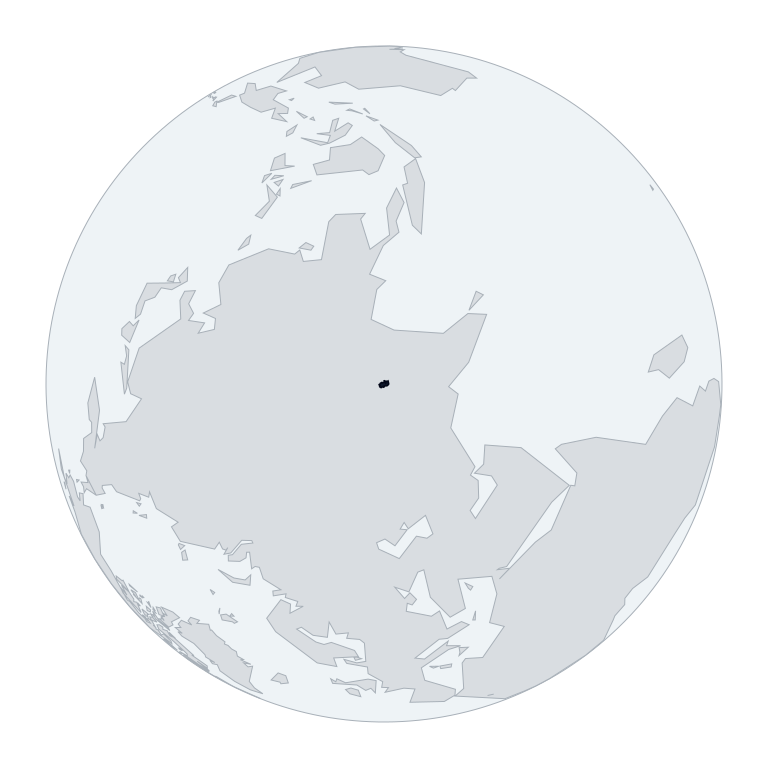 Seti on an orthographic globe, rotated 226°
{"feature_id": "NPL-1129", "entity_name": "Seti", "entity_type": "District", "adm_level": 1, "iso_a3": "NPL", "parent_name": "Nepal", "parent_adm1": "", "projection": "orthographic", "projection_center": [81.176, 29.231], "detail": "fine", "context": "on_globe", "style": "filled", "palette": "ink", "viewbox_px": 768, "rotation_deg": 226, "n_neighbors": 0, "source": "natural_earth", "source_scale": "10m", "svg_char_len": 12681}
<svg xmlns="http://www.w3.org/2000/svg" viewBox="0 0 768 768"><g transform="rotate(226 384 384)"><circle cx="384" cy="384" r="338" fill="#eef3f6" stroke="#a8b0b8"/><path d="M487.0,62.2L487.0,62.4L506.7,72.9L522.2,79.8L511.6,76.3L547.0,92.9L563.6,105.1L539.2,89.4L532.3,86.6L540.8,93.3L535.5,92.1L536.6,95.0L529.6,93.1L515.8,85.2L511.0,84.2L517.3,89.2L514.2,91.3L505.7,83.9L499.5,87.0L475.4,76.4L458.4,61.9L439.3,58.0L406.7,49.3L404.0,50.1L389.9,48.6L381.5,49.2L377.9,48.3L374.3,49.8L379.3,50.6L379.4,51.7L374.9,52.5L369.4,51.1L370.9,50.5L367.0,50.6L366.2,49.8L364.0,50.6L358.0,49.5L357.3,51.9L346.8,52.1L344.6,51.1L353.6,49.5L370.9,46.3L400.4,46.5L429.7,49.2L458.6,54.4L487.0,62.2ZM322.8,51.7L321.8,51.9L328.5,51.2L318.0,53.4L304.1,56.3L298.1,57.3L291.9,59.0L289.9,60.2L271.2,65.5L246.0,75.6L243.5,76.7L269.2,66.2L295.7,57.8L322.8,51.7ZM534.4,85.6L529.2,82.2L536.1,86.0L534.4,85.6ZM538.0,95.7L541.1,97.3L540.3,98.2L538.0,95.7ZM333.8,50.1L331.2,50.6L331.3,50.5L333.8,50.1ZM339.1,49.6L341.1,49.1L344.0,48.8L342.7,49.1L339.1,49.6ZM528.9,96.5L526.7,98.0L526.6,95.0L528.9,96.5ZM336.0,50.4L348.8,48.4L353.7,48.0L352.9,49.1L336.0,50.4ZM523.9,98.0L518.7,102.6L525.2,106.1L503.9,99.7L515.3,97.3L514.1,92.9L518.8,96.5L523.9,98.0ZM382.8,50.6L377.3,49.7L386.0,49.9L382.8,50.6ZM388.3,50.5L414.9,51.1L420.8,53.3L410.7,52.4L421.6,55.4L411.3,56.1L403.1,54.6L401.3,52.8L398.7,54.6L388.3,50.5ZM492.9,95.9L489.6,96.1L490.4,94.4L492.9,95.9ZM380.1,52.2L384.9,51.8L390.4,53.6L381.6,54.7L382.7,53.7L380.1,52.2ZM429.4,56.1L431.9,58.0L424.3,59.0L424.2,60.0L411.6,56.3L429.4,56.1ZM379.2,53.7L377.0,55.4L370.4,55.3L375.7,52.7L379.2,53.7ZM395.4,53.8L397.6,54.8L393.5,54.5L395.4,53.8ZM345.7,57.3L351.4,56.2L354.7,56.9L345.7,57.3ZM376.7,56.0L379.0,56.0L380.9,56.4L378.2,57.5L376.7,56.0ZM407.1,57.5L403.4,57.8L411.9,59.0L406.5,60.3L399.1,57.8L400.0,59.4L398.4,59.9L394.2,57.5L407.1,57.5ZM381.3,59.8L369.9,57.9L358.7,59.4L355.4,58.7L374.1,56.5L381.3,59.8ZM389.2,58.6L383.6,59.1L382.4,57.6L385.5,56.3L389.2,58.6ZM405.6,62.2L415.7,60.9L417.0,61.6L405.6,62.2ZM378.2,60.5L381.0,61.0L377.6,60.8L378.2,60.5ZM397.4,61.9L400.9,61.2L402.2,61.9L397.4,61.9ZM383.8,62.8L380.1,62.0L382.1,61.0L383.8,62.8ZM390.2,62.6L391.3,63.8L385.0,61.1L391.5,62.1L390.2,62.6ZM398.2,62.7L400.1,62.9L396.6,62.9L398.2,62.7ZM378.3,67.6L369.9,64.5L374.4,62.0L381.9,65.3L378.3,67.6ZM61.4,283.4L65.4,272.4L73.6,252.4L110.1,218.4L109.6,229.8L129.0,246.4L129.9,251.9L118.7,265.0L126.1,302.1L139.0,294.2L154.6,319.4L170.7,328.0L192.2,301.6L166.0,286.6L170.3,269.6L198.4,269.2L222.7,283.6L225.2,277.6L217.2,257.5L230.4,250.6L215.4,249.8L215.8,257.6L206.5,257.8L205.5,250.8L210.1,248.4L205.0,242.1L184.0,256.8L182.2,266.3L164.0,259.1L159.3,274.7L151.7,278.0L156.8,253.0L162.1,246.3L165.3,215.9L158.0,222.1L154.5,251.6L152.3,247.2L142.5,257.3L148.1,246.1L153.9,213.7L142.5,207.5L114.8,223.3L110.9,218.9L113.7,206.9L137.0,181.6L143.1,194.4L151.4,187.0L161.5,170.6L162.5,176.3L167.4,171.6L170.8,176.3L186.7,171.4L191.9,175.5L208.9,163.1L213.8,163.9L202.3,170.7L197.1,178.2L211.2,189.9L217.1,189.1L227.0,180.5L229.7,185.5L237.5,175.7L250.9,179.2L241.1,167.3L252.5,158.4L266.4,155.6L268.4,150.9L245.7,155.8L238.3,159.9L234.7,166.6L212.8,177.7L205.6,176.2L221.9,157.5L213.5,153.8L229.8,142.2L281.1,134.0L297.0,136.9L300.5,160.0L290.6,163.9L284.4,157.1L280.2,171.5L285.3,166.3L287.5,170.9L299.0,164.7L301.1,167.8L308.5,157.2L312.3,160.2L307.6,166.9L327.8,161.8L338.7,167.0L342.3,164.5L343.0,160.4L356.4,170.5L358.4,168.3L354.8,164.0L356.5,157.1L364.8,149.1L369.0,153.0L366.5,156.4L367.8,170.0L360.7,179.2L363.2,180.1L370.4,173.1L368.9,156.4L372.7,150.6L374.8,158.0L374.3,154.9L377.5,153.3L384.6,155.6L382.9,147.5L412.3,128.2L428.9,131.9L427.6,139.9L452.5,133.7L469.3,140.4L466.0,136.1L475.7,131.6L470.5,129.3L469.7,127.1L492.3,116.8L500.8,118.2L506.7,110.9L505.0,109.0L499.0,107.4L503.9,99.7L525.2,106.1L528.0,109.9L539.5,112.2L544.3,121.0L553.5,130.1L552.1,140.0L559.6,147.1L563.2,147.3L576.1,157.8L589.9,180.6L562.7,161.1L538.7,131.2L547.1,142.8L540.4,140.2L540.5,144.7L546.8,153.5L550.5,154.4L536.1,172.3L541.8,199.3L553.0,195.0L563.6,201.1L579.9,232.8L572.0,283.0L586.0,295.4L589.2,305.0L582.2,313.2L577.4,299.2L567.1,296.1L565.5,287.5L552.6,297.4L549.6,285.6L541.1,299.9L548.2,308.3L560.6,303.3L554.5,321.9L571.6,335.5L577.4,355.1L561.4,394.9L539.5,410.0L538.9,416.5L528.2,411.1L516.9,425.4L539.1,457.0L539.5,467.0L519.8,489.0L518.9,481.8L490.6,467.5L487.3,491.5L508.8,508.1L516.3,529.1L500.6,524.5L492.8,505.9L482.8,500.2L484.1,479.7L473.0,449.9L457.1,457.0L457.0,444.5L439.4,419.6L415.8,428.7L379.2,461.9L376.4,493.3L362.8,506.2L340.8,460.0L337.2,428.6L325.3,430.4L306.0,401.5L261.3,392.0L258.4,382.9L249.2,384.7L236.2,372.9L233.2,358.1L223.7,356.3L232.6,395.3L243.2,397.5L257.0,387.1L257.1,400.0L270.1,414.2L243.0,438.4L182.4,446.9L182.5,422.5L167.5,345.4L171.4,338.9L171.5,338.1L171.7,336.5L164.2,346.4L163.6,331.6L165.1,383.0L162.8,402.9L181.4,448.0L178.2,450.5L186.0,460.9L218.4,462.2L217.3,469.8L198.3,499.6L158.8,530.3L167.5,562.0L170.6,585.3L153.8,590.9L163.2,609.7L155.6,610.3L160.4,619.7L158.8,625.2L153.3,626.4L135.2,611.9L127.8,602.7L109.2,578.1L80.7,523.9L78.6,507.2L74.3,489.2L62.0,439.7L64.2,420.8L62.5,408.4L58.1,403.9L56.9,389.1L54.9,384.6L47.1,364.0L48.9,340.5L57.1,298.5L61.4,283.4ZM88.0,242.1L84.7,247.5L88.0,242.1ZM242.2,315.1L260.7,322.6L263.0,300.9L270.4,302.3L268.4,294.8L263.1,299.4L260.0,279.5L271.8,277.0L275.0,268.4L268.9,265.5L247.8,273.7L252.0,301.6L243.2,307.8L242.2,315.1ZM190.9,144.1L188.3,149.0L181.6,152.8L175.2,150.1L184.8,144.3L190.9,144.1ZM186.3,155.4L204.3,139.1L209.0,140.9L203.3,142.5L204.7,145.3L195.8,148.8L182.8,167.5L176.1,172.3L167.8,163.2L174.2,163.2L176.3,158.0L186.3,155.4ZM241.7,102.1L249.5,97.2L249.7,107.1L242.4,110.7L235.4,107.5L240.0,101.6L241.7,102.1ZM332.1,53.7L335.1,52.7L336.6,52.9L335.3,53.8L332.1,53.7ZM348.1,56.7L320.6,58.6L322.6,57.4L304.1,61.0L302.3,59.5L314.3,57.0L299.0,59.2L309.2,56.3L298.2,58.4L325.2,53.0L333.7,51.2L325.0,53.6L326.4,54.8L329.6,54.8L345.0,53.9L364.0,51.7L368.5,53.4L366.7,55.2L362.8,56.0L361.1,54.5L357.1,56.6L351.7,55.1L348.1,56.7ZM342.2,87.1L341.8,83.1L332.9,91.0L327.5,88.0L326.8,89.1L319.3,88.7L309.0,90.5L307.8,88.6L304.3,90.2L299.3,90.3L294.1,91.9L290.1,89.5L283.5,91.5L285.4,89.2L274.9,93.5L280.9,89.3L275.0,89.7L272.3,93.5L263.7,80.5L255.4,79.7L245.3,81.7L256.9,75.4L273.9,70.0L291.6,66.8L297.9,69.1L302.0,66.3L306.2,66.8L301.2,68.8L311.5,66.1L313.6,67.2L329.4,67.0L342.9,63.5L349.0,63.7L344.8,65.7L353.8,64.7L350.0,68.7L354.3,69.2L354.8,74.1L344.2,78.3L349.8,78.5L350.5,82.8L342.2,87.1ZM378.0,69.0L366.6,73.7L357.9,74.6L360.6,65.9L357.3,64.9L358.7,60.2L371.2,59.2L369.6,60.5L371.0,61.7L366.5,61.5L371.2,62.5L369.2,64.6L372.2,66.0L367.7,67.0L378.0,69.0ZM136.5,249.3L138.2,252.2L142.2,254.9L136.1,261.8L136.5,249.3ZM139.9,227.1L142.3,228.2L135.6,238.3L133.8,235.7L139.9,227.1ZM149.3,220.6L142.9,227.4L145.3,222.2L149.3,220.6ZM205.1,171.5L208.3,172.5L206.4,174.8L202.0,177.0L205.1,171.5ZM314.7,113.4L315.8,110.1L318.2,109.8L326.7,103.7L331.4,106.0L328.1,110.6L314.7,113.4ZM184.5,304.1L176.6,307.2L175.6,303.1L178.5,302.8L184.5,304.1ZM152.6,283.9L157.2,292.3L150.9,285.7L152.6,283.9ZM321.2,114.8L324.2,111.9L324.7,114.9L321.2,114.8ZM335.3,107.4L336.9,110.4L333.0,105.6L335.3,107.4ZM336.6,711.9L342.7,713.7L337.0,713.2L336.6,711.9ZM217.5,598.4L212.3,632.3L199.1,627.8L191.5,615.4L190.0,593.3L203.6,591.5L209.0,582.4L217.5,598.4ZM588.2,561.6L596.1,560.3L595.7,561.7L588.2,561.6ZM580.0,559.6L589.4,557.3L578.1,562.9L580.0,559.6ZM593.0,556.3L602.5,550.9L606.7,547.4L605.7,550.4L593.0,556.3ZM573.5,561.4L536.5,569.4L521.5,568.6L525.4,563.2L549.8,559.8L573.5,561.4ZM524.2,563.3L500.7,553.1L466.0,515.1L478.5,514.7L514.2,535.7L512.0,540.4L526.2,549.2L524.2,563.3ZM579.6,526.1L577.2,539.5L557.2,543.2L547.9,543.2L541.5,527.9L545.1,518.6L552.8,517.3L581.0,481.0L591.1,485.7L583.0,500.4L591.2,509.7L579.6,526.1ZM378.0,496.3L386.7,514.7L379.1,517.4L378.0,496.3ZM590.9,456.9L580.5,473.2L589.5,452.8L590.9,456.9ZM595.3,438.5L596.7,445.1L591.5,439.8L595.3,438.5ZM540.0,426.1L531.9,429.2L531.0,424.4L540.8,417.5L540.0,426.1ZM581.7,371.8L584.2,386.3L583.6,391.6L578.6,383.8L581.7,371.8ZM365.9,135.8L348.7,141.3L339.5,148.0L339.3,155.6L332.3,147.8L346.5,137.4L365.9,135.8ZM406.2,128.4L406.3,122.7L411.1,124.3L411.7,125.8L406.2,128.4ZM402.8,125.6L393.8,120.6L397.1,116.8L403.5,121.5L402.8,125.6ZM357.0,116.2L351.6,117.4L351.3,114.8L357.0,116.2ZM623.2,622.7L623.4,622.5L617.4,628.3L613.3,631.7L618.0,624.6L611.8,630.3L621.0,620.4L610.5,630.7L611.6,626.4L605.2,628.2L549.9,661.5L539.7,663.1L546.5,656.1L545.5,639.2L549.2,638.6L552.1,625.2L587.2,602.9L613.6,570.6L628.3,565.9L642.3,542.4L655.9,536.5L649.2,553.3L660.0,554.6L675.4,516.4L674.1,545.2L676.7,549.7L668.1,567.0L666.4,569.5L646.2,597.2L623.2,622.7ZM711.4,466.0L712.1,463.2L712.0,464.1L711.4,466.0ZM607.7,556.6L619.4,543.1L625.1,540.1L607.7,556.6ZM711.5,463.7L710.4,465.9L710.9,463.8L711.5,463.7ZM712.4,459.1L712.7,456.7L712.3,461.4L712.4,459.1ZM710.8,457.9L711.7,459.6L710.5,458.8L710.8,457.9ZM709.7,460.3L708.6,460.3L708.8,459.3L709.7,460.3ZM690.1,485.7L695.2,494.9L689.6,500.0L683.9,496.0L676.9,509.6L662.6,517.4L666.7,509.5L665.4,501.8L648.9,506.9L645.6,502.6L652.0,495.7L640.3,496.3L653.2,487.8L657.9,497.5L664.9,484.4L675.8,480.2L685.5,477.6L692.1,480.8L690.1,485.7ZM652.1,514.4L654.2,513.4L652.0,517.9L652.1,514.4ZM706.4,457.5L708.0,460.4L707.6,462.2L706.7,462.8L706.4,457.5ZM693.8,477.3L701.4,460.7L702.9,459.3L697.7,475.1L693.8,477.3ZM700.1,455.9L703.1,454.1L704.3,458.1L703.6,460.3L700.1,455.9ZM626.0,514.9L625.3,518.5L621.8,517.2L626.0,514.9ZM630.7,511.1L641.0,510.4L629.6,514.4L630.7,511.1ZM596.7,511.0L600.1,518.1L610.8,509.5L602.6,519.5L609.3,530.3L606.6,536.0L600.1,524.2L596.8,539.6L592.0,540.8L589.9,529.0L595.1,512.1L599.8,504.2L618.9,495.2L596.7,511.0ZM630.8,501.3L628.0,492.9L630.0,485.8L633.1,489.6L630.8,501.3ZM618.6,473.0L609.9,464.5L602.8,471.1L616.3,450.5L622.6,462.1L618.6,473.0ZM609.9,450.5L603.4,456.6L609.6,445.1L609.9,450.5ZM601.3,453.4L599.7,445.6L605.3,445.0L601.3,453.4ZM613.5,449.7L613.4,435.8L616.9,442.8L613.5,449.7ZM595.1,428.5L608.5,438.0L592.5,437.1L588.0,411.1L594.6,408.5L595.1,428.5ZM607.6,310.5L603.8,303.5L608.7,299.8L609.9,305.6L607.6,310.5ZM621.1,283.6L608.8,296.6L598.3,308.0L603.3,310.0L604.2,323.8L594.7,314.0L599.3,296.8L607.9,290.6L605.6,279.5L609.8,269.8L603.4,257.4L604.0,250.6L612.4,260.3L621.1,283.6ZM600.2,252.3L590.5,229.9L601.3,229.2L605.9,233.9L605.8,244.3L600.1,244.0L600.2,252.3ZM591.4,224.5L585.8,224.2L559.8,196.1L557.0,190.2L582.5,209.9L578.5,210.9L583.0,218.4L591.4,224.5ZM492.5,98.0L489.9,96.3L493.6,97.1L492.5,98.0ZM466.6,126.0L466.1,123.1L470.5,123.7L466.6,126.0ZM467.0,115.6L462.3,116.8L465.5,113.9L467.0,115.6ZM452.3,120.1L459.7,116.5L455.1,122.4L452.3,120.1Z" fill="#d9dde1" stroke="#a8b0b8" stroke-width="1"/><path d="M383.5,379.3L383.9,379.3L384.1,379.4L384.3,379.3L384.3,379.2L384.5,379.0L384.8,379.2L384.8,379.3L385.1,379.3L385.3,379.3L385.3,379.5L385.4,379.8L385.4,380.0L385.5,380.1L385.8,379.9L386.0,379.8L386.4,379.8L386.5,379.8L386.9,379.9L387.0,380.0L387.0,380.3L386.9,380.4L386.8,380.5L386.8,380.8L386.7,381.3L386.7,381.5L386.8,381.6L387.0,381.7L387.1,381.8L387.1,382.0L387.0,382.3L386.8,382.4L386.8,382.5L386.7,382.6L386.7,382.8L386.7,383.0L386.8,383.1L386.8,383.3L386.6,383.4L386.4,383.3L386.3,383.2L386.2,383.2L385.8,383.3L385.6,383.5L385.6,383.8L385.6,384.2L385.6,384.3L385.8,384.5L385.6,384.9L385.4,384.9L385.2,385.2L385.2,385.3L385.2,385.5L385.3,385.6L385.6,386.0L385.8,386.2L385.9,386.3L385.9,386.5L386.0,386.6L385.9,386.8L385.7,386.8L385.8,386.7L385.7,386.7L385.8,386.5L385.5,386.2L385.4,386.0L385.3,385.9L384.8,386.0L384.7,385.9L384.2,385.9L383.8,385.7L383.6,385.6L383.4,385.5L383.2,385.6L383.3,386.0L383.5,386.2L383.8,386.1L383.9,386.4L384.0,386.3L384.2,386.5L384.2,386.4L384.1,386.2L384.2,386.3L384.3,386.4L384.3,386.6L384.4,386.8L384.5,387.1L384.5,387.3L384.5,387.5L384.4,387.6L383.7,388.4L383.6,388.5L383.4,388.6L383.3,388.9L383.3,389.0L383.1,388.9L383.0,388.7L382.9,388.7L382.7,388.7L382.5,388.4L382.4,388.3L382.1,388.3L382.0,388.2L381.8,388.0L381.7,388.0L381.5,387.9L381.4,387.9L381.3,387.6L381.2,387.5L380.9,387.5L380.8,387.4L380.8,387.2L380.7,387.2L380.7,386.8L380.7,386.7L380.5,386.4L380.5,386.2L380.5,385.8L380.5,385.4L380.6,385.1L380.7,384.8L380.8,384.7L381.0,384.4L381.3,384.3L381.4,384.2L381.5,384.2L381.6,383.9L381.7,383.7L381.8,383.5L381.9,383.3L382.0,383.2L382.3,383.0L382.5,382.8L382.3,382.6L382.1,382.4L381.8,382.3L381.8,382.2L381.9,381.8L381.9,381.7L382.0,381.4L382.3,381.3L382.5,381.2L382.8,381.1L383.1,381.0L383.3,381.0L383.4,380.9L383.4,380.6L383.3,380.3L383.3,380.2L383.2,380.1L383.1,379.9L383.2,379.7L383.3,379.5L383.4,379.4L383.5,379.3L383.5,379.3Z" fill="#0f172a" stroke="#020617" stroke-width="1.5"/></g></svg>